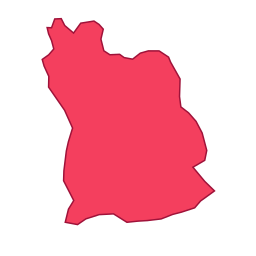 outline of Geri, Nicosia, Cyprus, rotated 277°
{"feature_id": "46923920B78801586806598", "entity_name": "Geri", "entity_type": "district", "adm_level": 2, "iso_a3": "CYP", "parent_name": "Cyprus", "parent_adm1": "Nicosia", "projection": "albers", "projection_center": [33.437, 35.104], "detail": "fine", "context": "isolated", "style": "filled", "palette": "rose", "viewbox_px": 256, "rotation_deg": 277, "n_neighbors": 0, "source": "geoboundaries", "source_scale": "gbopen_adm2", "svg_char_len": 862}
<svg xmlns="http://www.w3.org/2000/svg" viewBox="0 0 256 256"><g transform="rotate(277 128 128)"><path d="M217.8,35.5L211.8,37.7L205.4,41.5L197.4,44.7L191.0,40.4L185.6,34.5L179.2,37.2L169.6,43.1L158.9,44.2L137.9,62.9L121.2,73.0L107.0,70.5L97.8,69.6L77.8,69.6L67.8,70.5L49.4,83.0L40.2,78.8L26.8,77.2L26.0,89.7L32.7,97.3L38.5,109.9L41.0,124.1L34.3,138.4L36.8,149.3L38.5,158.5L41.8,172.0L47.7,182.9L51.0,191.3L56.9,203.9L64.4,208.9L76.1,221.5L84.4,210.6L97.0,197.2L105.3,208.1L115.3,208.9L132.1,202.2L142.9,194.7L150.4,186.3L155.4,177.9L165.5,175.3L183.0,173.7L198.5,162.3L203.3,159.6L208.3,149.5L207.0,138.7L203.8,131.1L196.9,124.2L197.4,115.6L200.1,110.7L198.5,101.1L201.7,94.6L212.9,90.3L223.1,91.4L227.3,86.6L230.0,81.2L226.3,68.3L215.6,62.4L222.0,52.7L228.4,48.4L227.3,42.0L218.2,39.9L217.8,35.5Z" fill="#f43f5e" stroke="#9f1239" stroke-width="1.5"/></g></svg>